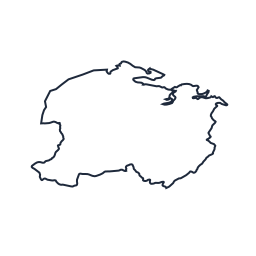 Sofia, Equal Earth projection, rotated 79°
{"feature_id": "MDG-5880", "entity_name": "Sofia", "entity_type": "Autonomous Province", "adm_level": 1, "iso_a3": "MDG", "parent_name": "Madagascar", "parent_adm1": "", "projection": "equal_earth", "projection_center": [48.484, -15.315], "detail": "fine", "context": "isolated", "style": "outline", "palette": "slate", "viewbox_px": 256, "rotation_deg": 79, "n_neighbors": 0, "source": "natural_earth", "source_scale": "10m", "svg_char_len": 5798}
<svg xmlns="http://www.w3.org/2000/svg" viewBox="0 0 256 256"><g transform="rotate(79 128 128)"><path d="M66.7,137.5L68.4,138.2L70.3,137.3L71.1,136.5L71.3,135.3L71.0,134.9L69.8,134.6L69.4,134.2L69.2,133.9L68.3,131.8L67.6,127.3L67.6,126.9L67.4,126.6L66.8,126.6L66.3,126.7L64.8,127.6L64.6,126.7L64.7,125.9L65.2,124.2L63.9,124.3L63.5,124.0L63.2,122.5L62.3,121.9L61.9,121.3L61.8,119.7L62.3,118.2L63.7,115.6L65.5,113.5L67.7,111.6L69.7,109.4L70.8,105.2L71.5,103.9L74.1,100.7L75.2,99.8L76.4,99.3L77.6,99.1L78.3,98.4L78.5,96.7L78.1,95.3L77.3,95.1L76.7,95.7L76.4,96.8L75.8,97.2L75.0,97.3L74.5,96.9L73.7,95.3L74.0,95.3L75.6,92.0L82.1,83.0L82.8,82.2L83.2,82.5L83.7,84.2L84.8,85.8L84.9,86.5L84.6,90.8L84.8,91.9L85.7,92.6L85.9,93.4L85.2,95.3L82.2,99.9L81.4,101.5L80.9,103.6L80.4,112.2L80.5,113.1L81.3,113.6L81.9,113.5L83.6,112.2L84.1,111.7L85.1,109.8L85.6,107.8L86.2,106.0L87.7,104.4L88.3,105.0L88.5,104.4L88.4,102.5L88.7,101.4L92.5,92.0L92.7,90.0L93.0,89.1L94.7,86.8L94.8,86.2L94.8,85.0L95.0,84.4L96.6,83.2L97.8,81.4L98.2,80.4L98.4,79.4L98.8,78.3L100.3,77.0L100.5,75.5L102.8,79.6L103.8,80.8L106.1,81.7L106.7,82.3L107.0,83.1L106.9,84.8L107.0,85.6L107.8,84.5L107.8,83.0L107.4,81.5L106.7,80.8L108.1,79.3L109.5,79.5L110.6,81.0L111.0,83.2L110.9,88.0L111.2,89.3L112.1,87.6L112.4,85.5L112.3,82.6L111.9,80.0L110.8,78.9L110.1,78.6L108.3,76.2L107.3,75.6L106.5,75.7L104.9,77.0L104.2,77.4L103.5,77.5L102.8,77.3L102.0,76.5L101.3,74.5L100.9,74.1L99.4,76.8L98.8,77.6L98.2,78.0L97.9,77.4L96.6,74.1L97.2,73.1L97.3,72.6L97.2,71.9L96.8,71.2L95.9,68.8L95.9,68.3L96.2,67.9L95.5,67.1L95.6,64.1L95.9,61.7L96.6,59.5L97.7,57.7L98.9,56.7L99.3,56.1L99.4,55.0L99.5,52.9L99.7,52.1L100.2,51.4L101.4,50.9L103.9,53.2L105.6,53.0L106.3,52.8L107.3,53.0L107.7,52.8L108.2,52.0L108.5,50.9L108.8,48.7L108.6,47.1L108.1,45.1L107.3,43.5L106.3,42.7L107.0,41.7L108.1,42.1L110.2,44.2L111.5,45.0L111.9,45.5L111.9,46.5L111.2,47.8L111.0,48.7L110.8,50.5L110.0,54.1L109.9,56.0L109.9,57.7L110.3,58.6L111.0,58.6L111.3,58.0L111.3,55.7L112.9,54.1L112.9,53.5L112.1,52.1L111.8,51.2L111.7,50.4L112.1,48.9L113.5,46.3L113.8,44.8L113.8,43.2L113.7,41.6L113.2,40.3L112.8,40.1L113.8,39.0L113.9,38.7L113.8,38.4L113.3,37.3L113.3,36.9L113.4,36.7L114.8,36.1L115.3,35.5L115.5,35.0L115.5,34.6L115.2,33.2L115.3,32.5L117.6,31.1L119.3,29.4L121.3,28.2L123.1,26.6L123.8,26.1L124.1,26.1L124.3,26.3L124.5,26.9L124.3,27.7L122.3,31.4L121.0,32.7L120.9,32.9L120.5,34.9L120.7,36.6L121.2,37.2L121.8,37.3L122.4,37.0L122.9,36.3L123.2,36.2L123.5,36.3L124.1,37.3L125.5,39.6L127.8,41.4L129.6,43.3L130.9,44.1L132.0,44.4L133.1,43.9L134.4,43.7L135.2,43.3L136.7,42.4L138.0,41.1L138.5,40.8L139.0,41.1L139.6,41.7L141.5,44.6L141.9,44.9L144.1,46.0L147.9,49.8L148.2,49.9L148.8,49.9L149.9,49.4L151.2,49.2L152.1,48.5L152.4,48.6L152.8,48.9L153.9,51.2L154.0,51.6L154.2,52.4L154.5,52.9L154.8,52.9L155.7,51.6L157.1,50.5L158.4,49.7L160.2,46.7L162.0,45.7L162.7,46.0L163.6,46.7L165.0,47.0L165.6,47.3L168.4,49.4L169.2,49.4L169.5,49.7L169.9,50.9L170.5,53.7L171.6,55.3L172.1,56.6L173.6,57.9L175.4,60.4L177.1,62.0L178.0,64.1L179.0,65.7L180.1,67.0L181.4,67.7L182.2,68.6L183.2,69.2L184.2,70.4L184.3,70.7L184.4,71.1L184.5,71.8L184.4,72.2L184.2,72.5L183.5,73.2L183.0,73.9L182.6,74.9L182.6,75.3L182.8,75.6L183.7,76.7L185.4,79.9L187.3,85.5L187.4,86.2L187.2,87.6L188.5,91.9L189.2,93.0L190.7,94.2L193.3,98.6L193.6,99.5L194.2,101.9L193.8,101.9L192.8,102.4L191.7,104.4L191.3,104.8L191.0,105.0L189.8,104.7L188.2,103.3L188.0,103.2L187.7,103.3L187.5,103.7L187.4,105.0L187.4,105.5L187.7,107.0L187.8,107.9L187.7,108.8L187.1,111.3L187.1,112.0L187.4,113.2L187.4,114.1L187.3,115.4L187.0,116.2L186.5,116.6L185.8,116.9L184.5,116.7L183.4,116.2L183.1,116.2L182.9,116.4L182.7,116.8L182.7,118.3L183.3,119.5L183.4,120.8L183.3,121.2L183.0,122.3L182.3,123.1L182.0,123.2L180.8,122.8L180.2,122.8L180.0,123.0L179.3,123.9L178.4,124.4L177.0,125.6L176.1,125.8L175.1,125.7L174.3,126.1L173.6,126.7L172.6,128.2L170.9,129.0L169.4,130.0L168.9,130.1L167.6,130.0L165.4,130.5L164.8,130.7L164.3,131.5L164.2,133.0L164.6,134.5L164.8,136.1L165.3,137.0L165.7,137.4L166.3,137.6L167.8,137.4L168.7,138.1L169.7,137.9L169.8,138.4L169.5,139.5L168.9,140.4L168.0,141.4L167.7,142.3L167.6,143.2L168.0,144.8L168.0,145.7L167.1,154.3L166.4,158.2L166.5,159.4L167.6,161.4L168.0,162.8L168.4,164.3L169.0,168.3L169.0,169.6L168.9,170.2L168.2,172.0L167.4,173.3L166.2,175.1L165.5,176.6L165.0,178.7L164.5,181.3L163.7,183.5L163.7,184.1L163.8,184.5L164.2,185.0L169.0,187.9L170.6,188.3L172.7,188.4L173.9,188.9L174.2,189.3L174.4,189.7L174.4,191.7L174.7,192.7L174.9,193.4L174.5,194.9L171.4,202.2L171.1,203.0L171.1,203.8L170.9,204.7L170.1,206.2L169.0,207.3L167.0,208.6L165.7,209.0L165.5,209.4L165.2,210.3L165.2,211.8L164.8,213.2L164.2,214.7L163.4,216.9L162.2,218.4L161.9,218.8L161.7,219.5L161.8,220.4L162.7,222.1L162.7,222.5L162.5,222.8L161.6,223.3L159.1,223.9L157.1,223.2L154.9,223.5L150.2,227.7L148.9,229.3L147.9,229.9L147.3,229.8L146.8,229.4L145.2,226.1L144.5,224.1L144.4,223.3L144.4,222.0L144.8,220.5L145.7,218.7L145.9,218.0L146.0,217.2L145.8,216.5L145.0,215.5L144.8,214.9L144.7,212.0L144.6,211.6L144.1,210.4L143.9,209.1L143.0,208.2L142.6,206.9L142.2,206.4L141.4,205.6L140.3,204.9L138.7,204.1L137.8,203.4L136.3,200.9L135.3,199.8L134.8,199.7L133.6,200.0L132.6,200.0L132.1,200.2L131.8,200.1L131.6,199.6L131.5,198.2L131.2,197.6L130.0,197.2L129.5,196.9L128.3,195.6L127.5,194.3L126.9,193.6L126.4,193.2L125.2,193.4L124.0,193.2L121.5,193.7L120.2,194.5L119.3,194.7L118.2,195.3L117.9,195.3L116.5,195.2L115.3,194.5L114.0,194.5L112.6,193.9L112.0,194.0L111.2,194.5L110.3,194.0L110.1,194.1L109.9,194.5L109.9,195.8L109.7,196.3L108.3,198.0L107.6,199.5L107.6,200.6L108.0,203.1L108.1,204.6L107.6,208.8L107.2,210.3L106.9,212.4L99.0,209.6L94.4,207.0L91.8,204.4L85.9,204.4L76.8,197.3L76.1,191.2L72.8,185.0L68.9,177.1L66.9,162.2L64.9,150.7L66.7,137.5Z" fill="none" stroke="#1e293b" stroke-width="2"/></g></svg>